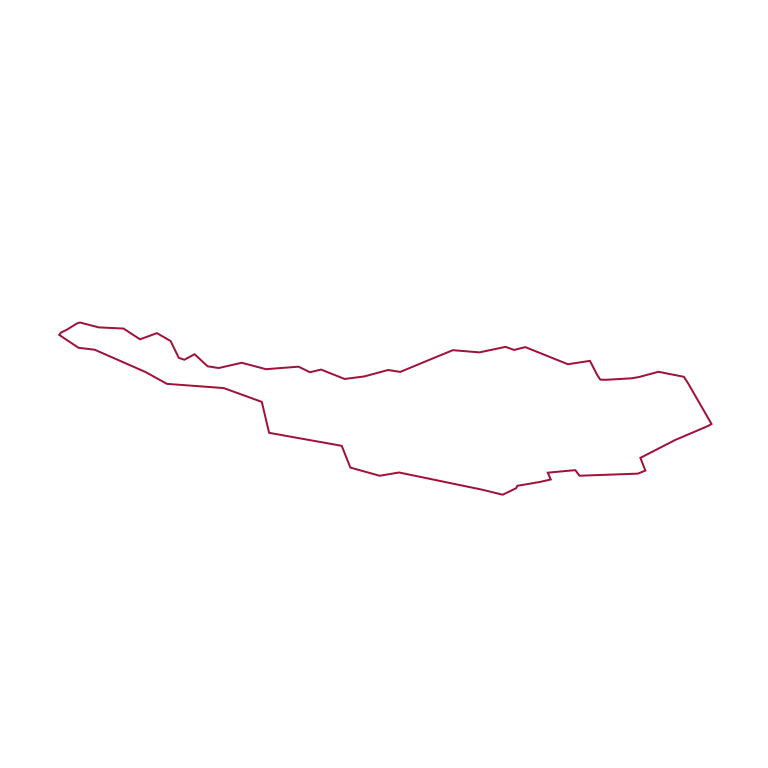 outline of Halfa Aj Jadeedah, Kassala, Sudan, rotated 286°
{"feature_id": "16777658B66580925278761", "entity_name": "Halfa Aj Jadeedah", "entity_type": "district", "adm_level": 2, "iso_a3": "SDN", "parent_name": "Sudan", "parent_adm1": "Kassala", "projection": "equal_earth", "projection_center": [35.632, 15.558], "detail": "fine", "context": "isolated", "style": "outline", "palette": "rose", "viewbox_px": 768, "rotation_deg": 286, "n_neighbors": 0, "source": "geoboundaries", "source_scale": "gbopen_adm2", "svg_char_len": 1118}
<svg xmlns="http://www.w3.org/2000/svg" viewBox="0 0 768 768"><g transform="rotate(286 384 384)"><path d="M463.0,575.6L453.7,555.3L458.4,509.6L452.6,499.7L453.2,490.6L440.7,467.0L435.5,440.9L425.2,427.8L400.1,396.3L398.6,384.1L385.8,362.9L378.0,344.8L380.5,319.5L374.9,309.6L377.1,297.1L365.7,266.4L365.2,241.4L353.8,220.7L352.4,209.6L360.4,193.7L352.3,185.4L352.6,179.5L366.5,167.0L370.3,151.7L359.7,137.1L365.5,118.3L359.8,94.2L359.3,74.8L357.5,72.1L348.7,64.1L344.6,59.5L341.7,58.2L334.6,80.3L337.2,96.5L329.8,151.4L324.3,175.3L335.9,231.1L333.1,271.5L305.4,287.0L312.9,360.4L294.4,374.7L294.6,405.1L303.1,422.9L309.4,506.6L310.3,528.6L320.2,539.7L322.9,540.2L328.0,550.9L333.1,561.4L338.2,570.6L343.9,565.9L352.0,586.6L353.9,591.7L349.7,597.2L367.8,652.7L372.8,659.1L383.7,650.8L410.7,679.6L415.0,685.0L416.9,687.3L420.0,691.1L426.9,699.6L429.5,702.8L433.1,707.1L433.2,707.4L433.9,708.0L435.4,709.4L435.8,709.7L435.9,709.8L468.4,676.2L473.6,670.3L472.2,654.3L471.4,644.5L461.0,627.2L457.7,620.4L449.5,597.0L447.8,590.8L448.8,589.5L451.6,586.3L463.0,575.6Z" fill="none" stroke="#9f1239" stroke-width="2"/></g></svg>